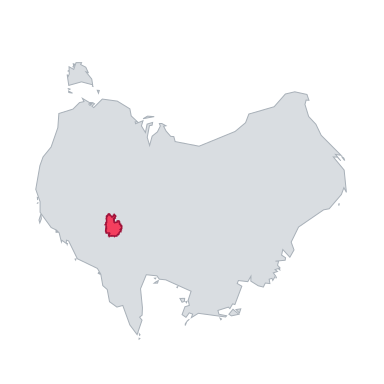 Longreach, Queensland, Australia (highlighted), rotated 174°
{"feature_id": "25037944B74261156915694", "entity_name": "Longreach", "entity_type": "district", "adm_level": 2, "iso_a3": "AUS", "parent_name": "Australia", "parent_adm1": "Queensland", "projection": "albers", "projection_center": [143.955, -23.876], "detail": "fine", "context": "in_parent", "style": "filled", "palette": "rose", "viewbox_px": 384, "rotation_deg": 174, "n_neighbors": 0, "source": "geoboundaries", "source_scale": "gbopen_adm2", "svg_char_len": 6064}
<svg xmlns="http://www.w3.org/2000/svg" viewBox="0 0 384 384"><g transform="rotate(174 192 192)"><path d="M267.7,66.3L272.7,86.4L278.7,85.4L285.5,91.5L286.5,103.9L290.5,108.2L291.3,119.8L294.1,125.9L313.0,137.6L319.8,156.2L321.9,157.2L322.4,154.0L326.4,157.5L327.1,155.9L328.4,165.3L330.7,168.2L335.8,171.4L345.2,187.7L344.1,198.2L347.1,211.0L340.5,234.1L336.5,242.4L327.4,251.5L318.7,270.0L316.2,284.0L301.7,286.9L294.5,292.7L290.0,293.2L291.2,296.6L284.4,291.5L285.4,290.3L284.9,289.1L283.7,289.0L281.3,291.2L279.7,289.9L282.5,287.8L280.9,286.2L271.5,293.8L256.8,290.2L245.1,281.2L244.5,274.0L238.9,267.5L241.2,267.7L241.0,265.8L233.3,268.0L235.4,263.0L232.1,256.0L229.6,264.2L223.9,265.3L224.7,262.6L227.4,262.4L230.8,251.1L229.3,242.7L225.8,251.7L220.1,255.4L216.6,260.9L217.3,263.5L214.9,263.3L211.0,260.6L213.4,260.4L211.4,255.3L207.4,249.6L204.3,249.0L203.5,243.9L180.2,236.8L142.8,247.7L131.5,255.3L127.3,263.6L101.4,268.2L88.9,279.7L79.3,280.9L67.5,277.0L66.1,271.0L68.9,271.5L70.5,267.3L68.1,254.9L61.7,246.4L57.6,234.9L39.9,212.9L45.4,214.4L40.8,207.5L43.8,211.5L47.8,212.1L38.4,197.9L38.5,175.5L40.5,180.4L43.7,173.9L57.3,161.0L63.0,160.5L89.7,146.0L98.6,131.8L96.6,123.7L101.5,116.9L107.7,125.3L109.5,119.9L105.8,116.8L106.5,114.4L116.2,114.5L113.1,114.1L114.6,110.2L112.4,107.3L117.5,106.1L115.3,104.0L119.6,103.1L117.7,99.9L120.9,95.6L121.5,97.8L124.4,97.2L124.1,92.8L128.6,93.8L131.0,90.0L135.9,91.8L142.8,97.2L142.2,102.1L145.9,97.0L155.1,99.1L156.6,96.3L152.3,93.1L161.1,75.6L163.3,76.5L166.5,72.1L167.9,73.7L178.6,71.5L178.0,67.6L170.5,65.3L171.6,64.2L198.4,70.7L205.8,67.1L204.1,70.5L207.4,72.1L211.1,68.0L214.7,71.1L211.0,78.6L206.5,79.5L207.1,84.8L203.3,93.4L227.3,107.4L233.6,108.7L235.7,112.3L246.1,114.5L253.3,101.2L253.4,82.0L254.5,74.7L257.2,73.0L255.1,69.8L261.5,55.9L267.7,66.3ZM279.6,309.0L290.4,313.1L303.4,310.9L303.9,321.9L303.1,319.9L301.7,322.2L301.2,329.4L296.8,326.3L293.8,332.8L288.3,332.2L289.4,330.4L284.6,327.2L282.7,321.6L284.9,322.6L279.9,314.8L279.6,309.0ZM158.1,65.5L165.7,64.7L168.1,66.6L163.5,71.1L158.1,65.5ZM221.7,270.9L233.0,270.0L228.3,272.1L221.7,270.9ZM213.4,83.4L215.1,87.4L210.4,87.0L211.0,84.0L213.4,83.4ZM344.6,185.8L344.6,181.1L346.6,177.2L347.1,180.1L344.6,185.8ZM300.5,302.8L304.1,303.8L304.2,305.3L300.5,302.8ZM157.5,66.7L160.5,70.5L155.7,70.7L157.5,66.7ZM275.6,303.1L273.6,302.7L274.7,300.0L275.6,303.1ZM239.2,105.3L237.0,106.6L234.8,107.4L235.8,105.0L239.2,105.3ZM39.6,211.8L37.5,209.9L36.9,207.8L37.2,207.7L39.6,211.8ZM303.4,306.8L304.7,307.9L302.1,307.0L303.4,306.8ZM329.8,166.0L331.4,166.1L331.3,168.2L329.8,166.0ZM291.8,119.7L293.8,120.9L293.4,121.7L291.8,119.7ZM296.6,330.2L296.7,332.0L295.3,331.4L296.6,330.2ZM346.4,200.1L346.4,202.8L346.2,202.7L346.4,200.1ZM177.3,63.6L175.9,62.6L176.7,61.9L177.3,63.6ZM212.5,61.5L210.8,63.6L212.7,59.9L212.5,61.5ZM346.9,197.0L346.0,197.8L346.6,196.9L346.9,197.0ZM217.1,98.9L216.1,99.4L216.6,98.4L217.1,98.9ZM209.7,83.5L208.4,83.8L209.1,82.4L209.7,83.5ZM47.4,163.1L47.3,164.8L46.8,164.8L47.4,163.1ZM259.2,55.0L259.2,56.4L258.6,55.4L259.2,55.0ZM283.7,289.7L284.0,290.5L283.6,290.3L283.7,289.7ZM210.3,64.2L207.9,65.8L210.4,63.9L210.3,64.2ZM117.5,97.9L116.8,99.0L117.2,97.8L117.5,97.9ZM297.4,328.9L296.7,329.3L297.1,328.6L297.4,328.9ZM238.3,110.2L237.0,110.2L237.6,109.4L238.3,110.2ZM113.6,105.9L113.0,106.6L112.8,105.3L113.6,105.9ZM302.6,325.3L301.7,325.8L302.0,324.9L302.6,325.3ZM260.0,51.2L259.9,52.1L259.2,51.7L260.0,51.2ZM283.1,290.9L284.1,291.7L282.5,291.4L283.1,290.9ZM315.3,137.5L314.4,137.6L314.8,136.5L315.3,137.5ZM321.7,153.8L321.2,153.8L321.6,152.9L321.7,153.8ZM280.0,307.6L279.8,308.3L279.5,307.4L280.0,307.6Z" fill="#d9dde1" stroke="#a8b0b8" stroke-width="1"/><path d="M271.7,156.1L271.8,156.3L271.3,156.6L270.8,157.1L270.7,157.2L270.6,157.3L270.0,157.2L270.0,157.7L269.2,157.7L269.1,157.8L269.2,158.0L268.9,158.3L268.8,158.5L268.8,159.1L268.7,159.2L268.5,159.4L267.7,160.1L266.9,160.0L266.9,160.3L266.8,160.7L266.7,161.0L266.7,161.3L267.0,161.6L267.4,162.1L266.4,162.9L266.2,162.7L266.2,162.8L266.1,163.0L265.7,163.1L265.6,164.3L265.5,164.5L265.4,165.5L266.0,165.6L265.9,166.1L266.5,166.1L266.4,167.5L267.4,167.6L267.4,168.3L267.3,169.0L267.3,169.3L267.2,169.3L267.2,169.8L267.7,169.8L267.7,170.5L267.7,170.9L268.5,171.0L269.1,171.0L269.3,171.0L269.3,170.9L269.5,170.8L269.5,170.7L269.6,170.4L269.6,170.2L269.7,169.9L269.8,169.8L269.8,169.7L270.2,169.7L270.5,169.7L271.9,169.6L271.8,170.0L272.7,170.2L272.7,170.8L272.6,171.0L272.5,171.6L272.4,171.6L272.3,172.4L272.8,172.3L272.8,173.3L272.7,173.2L271.1,174.1L271.6,174.9L271.4,174.9L270.9,175.3L270.6,175.6L270.3,175.9L270.3,176.0L271.3,177.3L271.3,177.2L271.5,176.9L271.8,176.9L271.8,177.0L272.1,177.3L272.3,177.3L272.3,177.2L272.5,177.1L272.5,176.9L272.6,176.7L272.8,176.5L273.0,176.4L273.1,176.2L273.3,176.1L273.5,175.9L273.8,175.8L273.8,175.7L274.1,175.8L274.3,175.7L274.3,175.8L274.8,176.3L274.9,176.5L275.2,176.9L275.9,177.7L276.1,177.5L276.7,178.2L276.3,178.5L276.2,178.5L276.3,178.7L276.3,178.8L276.5,179.1L276.5,179.3L276.4,179.4L276.7,179.0L277.7,178.1L277.8,178.3L278.3,177.4L278.4,177.8L279.6,176.9L279.8,174.3L280.0,174.2L279.8,174.0L279.9,173.5L279.9,172.8L280.1,171.1L280.1,170.7L280.2,170.4L280.8,170.5L280.9,170.1L281.0,169.3L281.0,169.2L281.2,168.9L281.3,168.9L281.5,168.8L281.6,168.7L280.9,168.6L281.0,168.3L281.0,168.1L280.9,168.1L281.0,167.4L281.0,167.2L281.1,166.7L281.2,166.0L280.8,166.0L280.9,165.4L280.9,164.5L281.5,164.6L281.6,164.4L281.6,163.9L281.5,163.2L281.8,163.1L281.9,162.6L282.0,162.2L281.7,161.9L281.8,161.3L281.8,161.1L281.4,161.0L281.5,160.1L279.9,160.0L278.9,159.8L278.5,159.8L278.5,159.7L278.4,159.7L278.4,159.4L278.5,159.4L278.5,159.2L278.7,158.9L278.8,158.8L278.7,158.8L278.8,158.7L279.0,158.4L279.2,158.2L279.3,158.0L279.3,157.9L279.3,157.7L279.4,157.4L279.0,157.4L279.1,157.2L278.7,157.2L278.7,156.7L278.5,156.9L277.5,156.7L276.6,156.6L276.6,156.9L276.1,156.9L276.1,156.6L275.4,156.5L274.8,156.5L274.7,156.5L274.4,156.5L274.2,156.6L274.0,156.2L273.8,155.8L272.9,156.3L271.8,156.1L271.7,156.1Z" fill="#f43f5e" stroke="#9f1239" stroke-width="1.5"/></g></svg>